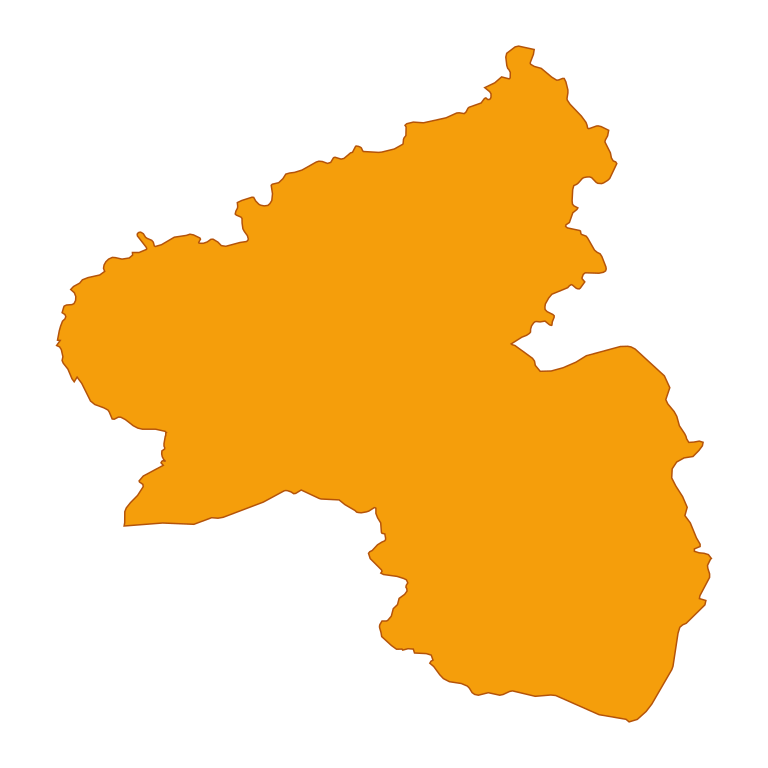 Rheinland-Pfalz, Robinson projection
{"feature_id": "DEU-1580", "entity_name": "Rheinland-Pfalz", "entity_type": "State", "adm_level": 1, "iso_a3": "DEU", "parent_name": "Germany", "parent_adm1": "", "projection": "robinson", "projection_center": [7.376, 49.945], "detail": "fine", "context": "isolated", "style": "filled", "palette": "amber", "viewbox_px": 768, "rotation_deg": 0, "n_neighbors": 0, "source": "natural_earth", "source_scale": "10m", "svg_char_len": 6056}
<svg xmlns="http://www.w3.org/2000/svg" viewBox="0 0 768 768"><path d="M60.2,340.4L57.5,340.2L59.3,330.7L60.6,326.1L62.5,321.2L65.0,318.8L65.8,316.6L64.9,314.5L62.1,312.7L63.7,307.2L64.2,306.1L66.5,305.0L71.9,304.6L74.0,303.6L75.6,300.4L75.8,296.5L74.3,292.7L70.7,289.5L73.5,286.5L79.7,283.1L82.4,279.8L88.0,277.6L99.7,275.0L104.7,271.4L103.5,268.3L104.1,264.9L105.9,261.7L108.6,259.1L112.3,257.4L115.3,257.6L122.0,259.1L129.2,258.0L132.6,255.1L132.4,252.5L139.1,252.5L146.5,249.4L146.7,248.4L146.1,247.1L137.4,235.9L137.2,234.1L138.4,232.6L140.2,232.1L141.4,232.5L143.4,233.8L145.5,237.2L147.2,238.4L151.7,240.3L153.3,242.2L154.3,245.9L155.3,246.5L161.5,244.7L174.3,237.2L186.4,235.4L189.9,234.2L193.5,234.9L199.9,238.0L200.5,239.2L198.7,242.4L199.0,243.1L200.6,243.3L203.4,243.3L207.3,241.9L210.9,239.3L213.1,239.2L217.9,242.1L221.3,245.6L225.8,246.3L239.9,242.5L246.6,241.5L247.9,240.2L248.3,238.9L247.4,235.7L244.3,231.4L242.9,228.8L242.1,223.1L242.0,218.4L240.8,217.0L236.3,215.1L235.2,214.0L235.9,211.1L237.5,208.1L237.7,206.1L237.3,202.6L241.7,200.5L252.0,197.2L253.7,197.4L255.7,201.0L258.9,204.3L260.6,205.2L264.2,205.9L267.9,205.4L269.9,203.6L271.8,200.5L272.5,193.8L271.2,185.3L272.3,184.2L278.7,182.7L282.9,178.7L285.8,174.1L289.7,173.0L294.5,172.4L301.9,170.1L316.3,162.0L318.9,161.2L322.3,161.5L327.5,163.4L330.7,162.4L333.4,157.9L334.2,157.4L335.2,157.3L341.1,159.1L344.0,158.4L350.5,152.9L352.5,152.3L355.5,146.5L356.1,146.0L358.6,146.4L360.6,147.3L361.4,148.0L362.5,150.5L363.4,151.5L378.6,152.4L381.7,152.1L394.3,149.0L402.7,144.3L403.1,143.7L403.5,139.3L404.1,137.8L405.9,135.6L406.1,127.0L405.0,125.3L406.8,123.7L413.3,122.1L423.5,122.8L446.1,117.8L456.7,113.0L459.3,112.8L464.2,113.6L466.0,112.0L468.0,108.2L469.2,107.2L481.1,103.0L484.3,98.7L485.2,98.1L485.9,97.9L487.7,99.5L489.2,99.5L490.3,98.8L491.0,97.2L491.0,93.8L489.7,91.7L484.7,87.6L494.8,82.8L501.6,76.9L508.9,78.8L509.5,78.7L510.2,77.7L510.3,72.4L509.0,69.8L507.7,68.3L506.8,65.5L505.8,57.1L506.7,53.3L515.1,46.9L518.6,46.1L534.2,49.5L533.4,54.4L530.4,62.2L530.2,63.3L530.7,64.3L534.2,66.4L541.3,68.4L551.7,77.1L556.7,80.2L558.5,80.0L562.7,78.4L564.2,78.5L565.9,81.9L567.9,90.0L567.9,92.9L567.0,98.5L567.2,100.0L570.0,104.2L581.4,116.1L586.0,122.4L587.1,125.4L587.6,128.0L588.4,128.6L589.8,128.4L596.5,126.0L598.2,125.9L601.2,126.6L608.7,130.3L607.6,135.9L605.4,139.9L604.9,141.9L610.4,152.8L611.4,157.9L613.2,160.9L615.7,161.9L616.8,163.6L609.7,178.5L607.8,180.3L603.6,182.9L601.6,183.6L597.8,183.3L596.2,182.4L591.6,177.6L589.5,176.9L586.9,177.0L583.8,177.6L582.3,178.5L578.3,183.0L576.7,184.3L573.8,185.6L572.7,189.6L572.1,200.8L572.5,204.2L574.0,205.9L577.9,207.9L576.9,209.5L572.8,212.8L569.4,222.5L566.0,224.8L565.6,226.4L567.4,227.9L579.7,230.5L580.5,231.1L580.9,233.6L581.5,234.4L586.2,236.2L587.6,238.0L594.5,250.1L597.1,252.3L600.1,253.8L601.9,256.6L605.9,266.9L606.2,269.0L605.6,270.9L603.4,272.3L599.0,273.2L585.3,272.8L583.3,274.3L582.0,277.9L582.1,278.7L584.8,281.9L580.3,288.1L579.2,288.9L577.3,288.7L576.0,288.1L572.5,285.1L571.2,284.6L569.4,285.8L567.7,287.7L551.9,294.2L548.7,298.0L545.4,303.9L544.9,307.0L545.1,309.5L547.1,311.6L553.0,314.6L554.2,315.8L554.1,317.4L552.3,321.9L551.9,325.1L551.3,325.4L549.5,324.8L545.0,321.1L540.1,321.9L536.2,321.5L534.9,321.8L533.7,322.8L531.6,325.8L530.6,329.1L530.5,332.1L529.4,333.4L526.6,335.3L521.8,337.2L511.2,343.9L512.2,344.7L514.9,345.5L532.5,358.3L534.5,361.1L535.3,365.4L540.2,371.3L551.2,371.0L562.9,367.8L575.9,362.2L586.4,355.7L620.4,346.5L627.7,346.3L631.0,346.9L635.1,349.0L664.4,375.9L669.8,387.7L665.8,399.6L667.8,403.9L674.1,411.5L676.8,416.4L679.4,425.8L684.6,433.6L686.0,436.4L686.6,438.8L688.8,442.4L693.8,442.1L699.3,441.1L703.1,442.3L702.4,445.8L698.9,450.5L693.0,456.5L684.1,457.9L676.7,462.0L672.2,468.8L671.7,477.9L675.8,486.0L682.6,496.6L687.2,507.3L684.9,515.6L690.3,522.9L696.4,537.8L700.1,544.2L700.1,546.5L694.4,548.9L694.4,551.3L699.1,552.8L704.1,553.3L708.4,554.6L711.4,558.5L710.5,559.2L707.5,565.4L707.8,568.2L709.6,573.9L709.6,577.4L699.9,595.7L699.4,598.6L705.9,600.5L704.9,604.9L686.2,623.3L682.7,624.8L679.8,627.3L678.0,633.3L673.0,666.2L671.8,669.6L651.8,704.1L646.1,711.5L637.3,719.4L629.1,721.9L626.0,719.3L599.1,714.7L555.7,695.5L550.8,695.0L535.2,696.3L512.5,690.9L509.5,691.5L503.1,694.5L499.7,695.2L488.3,692.7L478.4,695.2L474.6,694.4L472.1,692.6L469.4,688.2L467.4,686.1L461.3,683.5L449.4,681.7L443.4,678.6L439.8,674.8L433.7,666.5L429.8,663.2L431.0,661.2L433.0,660.1L431.2,655.1L426.3,653.6L414.5,653.0L413.3,649.1L408.0,648.7L402.7,650.1L402.0,649.1L396.5,649.2L391.4,645.5L381.7,636.6L381.0,632.5L379.6,627.7L379.5,626.1L379.9,624.5L382.0,621.0L386.4,621.0L387.7,620.4L391.3,616.2L393.3,608.6L397.5,604.6L399.1,598.4L404.6,594.4L407.0,591.1L406.8,588.7L405.9,587.2L406.3,585.2L407.8,582.9L406.4,579.8L403.7,578.5L397.1,576.4L383.5,574.5L380.8,573.1L382.0,571.3L381.4,569.8L370.2,558.6L368.5,553.3L369.8,551.7L372.2,550.5L377.5,544.8L381.8,542.1L384.6,540.9L385.5,539.8L385.6,538.1L384.8,533.9L382.0,533.3L381.4,532.3L380.7,522.9L377.6,517.8L375.9,513.4L375.9,508.2L375.2,507.8L374.3,507.6L368.8,511.1L366.3,511.9L361.2,512.8L358.2,512.5L356.6,512.1L355.0,510.5L344.9,504.6L339.1,499.9L321.1,499.0L319.3,498.5L301.2,490.0L295.7,493.4L293.7,493.7L291.2,492.0L287.6,490.7L285.8,490.5L284.2,490.8L263.3,502.1L223.2,517.3L218.0,518.2L211.6,517.7L193.9,524.3L162.6,523.0L124.1,526.0L124.7,522.7L124.8,511.7L126.3,507.9L130.5,502.6L137.6,495.4L143.2,486.7L142.9,484.4L139.5,482.0L139.1,480.9L143.3,476.0L163.3,465.3L161.0,462.8L161.9,461.2L163.2,460.6L165.5,461.4L163.6,459.3L162.3,456.8L161.7,454.0L161.9,450.9L164.6,449.0L164.7,447.6L164.0,446.1L164.0,443.6L165.3,436.1L165.7,435.9L165.8,433.0L166.4,432.6L165.0,431.3L155.6,429.2L142.5,429.2L137.8,428.1L133.2,425.7L125.4,419.6L120.8,417.2L118.4,417.1L114.3,419.2L112.2,419.0L109.2,411.9L107.9,410.0L104.0,407.9L94.8,404.5L90.5,401.0L81.7,383.3L77.1,377.1L74.2,381.8L72.0,378.8L67.9,369.1L63.3,363.3L62.1,360.5L62.9,356.7L61.3,349.6L59.6,346.9L56.6,345.5L60.2,340.4Z" fill="#f59e0b" stroke="#b45309" stroke-width="1.5"/></svg>